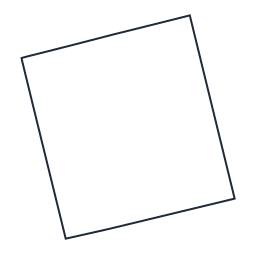 outline of Clinton, Missouri, United States of America, rotated 76°
{"feature_id": "52423323B8236601401244", "entity_name": "Clinton", "entity_type": "district", "adm_level": 2, "iso_a3": "USA", "parent_name": "United States of America", "parent_adm1": "Missouri", "projection": "natural_earth1", "projection_center": [-94.481, 39.601], "detail": "fine", "context": "isolated", "style": "outline", "palette": "slate", "viewbox_px": 256, "rotation_deg": 76, "n_neighbors": 0, "source": "geoboundaries", "source_scale": "gbopen_adm2", "svg_char_len": 286}
<svg xmlns="http://www.w3.org/2000/svg" viewBox="0 0 256 256"><g transform="rotate(76 128 128)"><path d="M33.7,40.8L33.7,118.6L34.1,170.2L34.2,205.8L34.3,214.3L36.6,214.5L99.8,214.8L220.3,215.2L221.3,172.0L222.3,41.6L33.7,40.8Z" fill="none" stroke="#1e293b" stroke-width="2"/></g></svg>